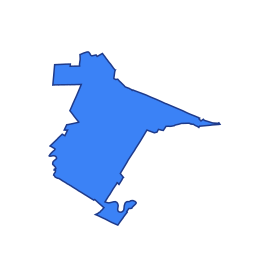 Dumbraveni, Suceava, Romania, rotated 158°
{"feature_id": "2599482B38989463246300", "entity_name": "Dumbraveni", "entity_type": "district", "adm_level": 2, "iso_a3": "ROU", "parent_name": "Romania", "parent_adm1": "Suceava", "projection": "robinson", "projection_center": [26.435, 47.672], "detail": "fine", "context": "isolated", "style": "filled", "palette": "blue", "viewbox_px": 256, "rotation_deg": 158, "n_neighbors": 0, "source": "geoboundaries", "source_scale": "gbopen_adm2", "svg_char_len": 5686}
<svg xmlns="http://www.w3.org/2000/svg" viewBox="0 0 256 256"><g transform="rotate(158 128 128)"><path d="M173.8,41.8L170.3,44.1L166.0,46.7L165.4,47.2L160.2,50.3L160.2,50.5L160.4,50.7L160.5,50.9L160.4,51.0L159.8,51.5L158.6,52.2L157.5,53.0L157.2,53.0L156.7,52.8L156.6,52.7L156.0,52.5L155.2,52.3L154.5,52.2L154.4,52.3L153.6,53.0L152.8,53.3L151.9,53.7L150.1,54.4L149.1,54.9L148.5,55.4L148.4,55.9L148.9,57.2L150.6,58.9L152.1,59.4L153.0,59.5L153.7,59.3L154.4,59.3L155.2,59.6L156.5,60.1L157.4,60.0L158.6,59.6L159.4,58.8L160.6,57.3L161.8,55.0L162.6,53.6L163.5,53.0L164.5,52.6L165.8,52.5L166.6,52.8L167.3,53.2L167.8,53.7L168.3,54.6L168.3,55.4L168.1,56.3L167.6,57.3L166.2,59.6L165.9,61.2L166.0,62.4L166.3,63.3L167.4,64.5L169.1,65.0L171.4,65.3L173.8,65.7L174.8,66.3L176.0,67.2L177.0,68.1L176.2,68.7L173.6,70.6L171.6,72.1L169.8,73.2L167.2,75.2L164.5,77.2L159.7,80.4L158.5,81.4L158.2,81.0L157.9,80.3L157.7,79.4L157.5,79.0L153.0,82.3L151.8,83.5L151.4,83.7L151.0,83.7L150.7,83.8L152.2,88.7L151.2,89.5L145.5,93.8L141.9,96.5L140.0,98.1L133.0,103.0L130.2,104.9L129.0,105.9L121.8,111.0L111.2,119.0L105.4,113.7L102.7,113.3L100.3,115.3L99.9,115.0L99.1,114.5L98.7,114.3L98.4,113.9L97.0,113.0L96.2,112.5L92.1,115.3L91.8,115.2L91.4,115.0L90.8,114.8L90.5,114.7L89.6,114.4L89.2,114.1L88.4,113.8L87.6,113.5L87.0,113.4L85.2,113.0L84.9,113.0L84.2,112.8L83.7,113.0L82.6,113.0L79.7,112.5L78.5,112.4L77.2,112.3L76.6,112.2L76.1,112.0L74.0,111.2L70.2,109.8L69.6,109.5L69.0,109.2L68.9,109.0L68.8,108.9L68.8,108.6L68.7,108.4L68.4,108.2L68.1,108.2L67.8,108.1L67.7,108.0L67.4,107.5L67.1,107.4L66.6,107.3L66.4,107.2L65.9,106.9L65.6,106.4L65.4,106.1L64.9,105.4L63.8,104.2L63.4,103.9L62.7,102.9L62.1,102.0L61.9,102.2L61.6,102.4L61.4,102.6L61.1,102.9L51.2,99.9L48.8,99.3L46.0,98.4L45.4,98.2L42.9,97.4L41.4,97.0L41.6,98.0L41.8,98.8L42.9,98.7L46.0,100.2L45.9,99.9L47.9,101.2L51.4,104.1L54.4,106.5L54.9,107.9L57.7,107.2L58.2,108.4L58.7,109.8L57.9,110.3L58.7,111.1L58.8,111.4L59.2,111.7L61.3,113.8L65.8,118.1L68.1,120.5L70.5,123.2L73.1,125.8L82.8,135.5L83.5,136.2L83.9,136.4L87.8,140.6L91.2,144.1L95.0,147.8L98.0,150.9L98.3,151.3L108.3,160.5L109.3,161.5L110.0,161.3L110.1,161.6L110.4,162.2L110.8,162.8L111.5,163.5L111.9,164.1L114.9,166.9L115.1,167.1L115.3,167.4L115.7,168.6L116.5,170.5L117.1,171.8L117.4,172.6L117.7,173.2L117.9,173.5L118.0,173.9L118.1,174.1L118.5,175.0L119.0,176.3L119.1,176.7L119.2,177.0L119.4,177.1L119.5,177.2L120.0,177.3L120.9,177.5L121.1,177.5L121.4,177.8L122.6,179.1L122.2,180.0L121.4,181.3L120.1,183.6L119.6,184.5L119.1,185.3L118.6,185.9L118.4,186.3L118.1,186.5L118.3,186.6L118.9,188.5L119.1,189.0L119.3,190.0L120.3,194.0L120.7,195.1L121.3,197.1L121.4,197.6L121.8,199.3L122.0,199.7L122.6,202.3L122.7,202.8L122.8,203.1L123.5,205.5L123.7,206.4L123.8,206.7L129.8,205.9L130.2,207.7L134.4,208.4L134.8,208.7L135.1,209.1L135.4,209.9L135.4,210.6L135.5,211.5L135.9,212.6L136.1,213.2L136.9,213.6L137.4,213.8L138.0,213.9L139.7,214.0L140.4,214.1L141.3,214.1L142.5,214.1L144.4,214.0L145.0,214.1L146.1,210.9L146.4,210.1L146.6,209.7L146.8,209.2L147.9,207.4L148.8,205.8L149.1,205.3L149.2,205.0L149.6,203.6L151.2,204.1L156.6,206.2L158.5,206.9L157.5,208.9L162.6,210.8L165.5,211.8L172.3,214.2L177.0,204.9L181.6,196.0L180.9,195.8L180.2,195.5L179.7,195.4L178.2,194.8L177.3,194.5L176.4,194.1L176.2,193.9L175.3,193.7L173.5,193.0L171.5,192.2L171.0,192.0L168.9,191.2L167.3,190.6L166.5,190.3L166.3,190.2L165.7,189.9L164.7,189.5L164.4,189.5L161.8,188.4L161.0,188.1L159.7,187.7L158.0,187.0L157.7,186.9L157.1,186.7L156.4,186.4L155.0,185.9L158.2,182.6L159.5,181.3L163.3,177.5L165.9,175.0L166.8,174.2L167.5,173.5L168.1,172.9L169.9,171.2L171.8,169.3L172.5,168.6L175.1,166.1L175.4,165.8L174.5,162.8L173.9,160.6L173.8,160.0L172.4,155.1L171.7,152.9L171.4,151.9L171.7,151.8L176.0,152.5L182.1,153.6L183.6,154.0L187.9,150.0L186.4,149.3L184.8,148.7L188.1,145.7L189.4,144.5L189.6,144.7L189.8,145.1L190.3,145.5L190.5,145.7L190.8,146.3L191.3,146.9L196.6,144.8L197.5,144.3L207.1,140.5L207.1,140.4L206.7,140.2L206.3,139.7L205.8,139.2L205.4,138.5L205.0,138.0L204.3,137.2L204.1,136.9L203.9,136.5L203.6,136.1L203.5,135.9L203.7,135.6L203.9,135.4L204.4,135.1L204.8,134.9L205.9,134.6L208.4,133.6L209.0,133.3L209.1,133.2L210.0,132.8L210.3,132.6L210.9,132.1L211.3,131.9L211.5,131.8L211.5,131.4L210.1,130.8L207.8,130.4L206.4,129.6L205.6,128.6L205.4,127.5L205.5,126.7L206.6,126.0L208.2,125.6L209.5,125.1L210.3,124.6L211.1,123.4L211.4,122.6L211.2,121.8L210.6,121.0L210.6,120.4L210.0,119.0L210.0,117.5L210.8,116.8L211.6,117.5L212.3,116.8L211.4,116.1L211.2,115.5L212.0,114.3L213.8,113.2L214.6,112.2L214.4,111.8L214.1,111.1L214.1,110.9L214.0,110.4L214.0,110.2L213.9,109.8L213.6,109.5L213.4,109.2L212.7,108.4L212.4,108.1L212.2,107.9L211.0,107.1L210.9,107.0L210.1,105.9L209.5,105.1L209.4,104.8L209.0,104.4L208.9,104.1L208.6,103.8L208.6,103.7L208.4,103.4L207.9,102.8L206.3,100.7L205.2,99.0L204.9,98.7L204.7,98.4L204.5,98.2L204.3,97.9L203.9,97.6L203.3,96.6L203.2,96.4L202.8,96.0L202.6,95.8L202.3,95.4L201.7,94.4L199.2,91.0L197.9,89.2L197.7,88.8L197.2,88.1L196.9,87.7L196.4,87.1L195.5,85.9L194.1,84.0L193.2,82.7L193.0,82.4L191.8,80.9L191.1,79.8L190.5,79.1L190.2,78.6L190.0,78.4L189.6,77.8L188.0,75.6L187.2,74.6L187.0,74.3L186.7,73.9L186.0,74.2L185.9,74.2L185.7,74.2L185.5,73.9L185.3,73.6L184.6,72.1L184.0,70.9L183.4,69.6L181.7,66.2L180.9,64.6L180.6,64.0L180.1,63.2L180.4,63.0L180.6,63.0L180.8,62.9L181.7,62.3L182.0,62.2L183.2,61.6L184.2,61.3L184.4,61.2L185.4,60.6L185.6,60.5L185.8,60.5L186.3,60.6L186.5,60.5L187.3,60.3L188.0,60.1L188.3,60.0L188.6,60.0L188.9,60.0L189.5,60.0L190.0,60.0L190.6,59.9L190.0,59.4L188.0,57.3L186.4,55.5L185.4,54.4L183.2,52.1L180.5,48.9L178.6,46.7L175.1,43.1L174.5,42.5L173.8,41.8Z" fill="#3b82f6" stroke="#1e3a8a" stroke-width="1.5"/></g></svg>